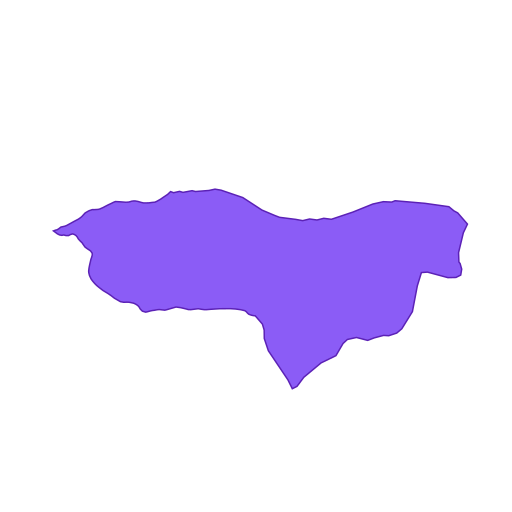 Sumpango, Sacatepéquez, Guatemala, rotated 290°
{"feature_id": "79465075B37174278421226", "entity_name": "Sumpango", "entity_type": "district", "adm_level": 2, "iso_a3": "GTM", "parent_name": "Guatemala", "parent_adm1": "Sacatepéquez", "projection": "albers", "projection_center": [-90.752, 14.664], "detail": "fine", "context": "isolated", "style": "filled", "palette": "violet", "viewbox_px": 512, "rotation_deg": 290, "n_neighbors": 0, "source": "geoboundaries", "source_scale": "gbopen_adm2", "svg_char_len": 2466}
<svg xmlns="http://www.w3.org/2000/svg" viewBox="0 0 512 512"><g transform="rotate(290 256 256)"><path d="M368.3,420.4L363.3,396.8L355.5,367.8L353.1,365.1L350.6,357.1L344.8,348.0L330.4,332.0L316.3,314.3L314.6,306.8L310.7,301.0L309.1,293.7L305.2,287.8L304.0,280.8L300.4,264.9L300.5,259.6L301.2,245.9L306.4,223.6L305.9,200.6L304.8,194.6L301.5,189.4L295.9,177.1L295.5,173.6L290.8,165.6L290.6,162.1L287.3,156.9L287.3,153.7L283.7,151.9L280.0,149.2L276.9,147.0L273.7,144.3L272.0,142.6L270.8,140.0L269.3,137.2L268.4,134.9L267.4,132.2L267.1,129.8L266.9,126.5L266.4,123.6L265.8,122.0L264.9,120.3L263.8,118.9L262.9,117.5L261.9,115.0L261.3,112.8L260.5,109.9L259.1,105.3L257.8,103.8L255.9,102.0L253.5,99.6L250.9,97.2L249.1,95.6L248.0,94.4L246.8,93.2L245.9,91.9L245.0,89.9L244.2,88.0L243.6,86.3L241.5,83.7L240.3,82.6L238.0,80.7L236.3,80.0L233.6,78.9L232.2,78.1L229.9,76.5L226.5,73.4L222.5,69.9L220.0,67.7L218.8,66.4L217.5,64.4L216.5,62.8L214.1,61.3L212.6,60.1L211.7,58.7L210.3,57.1L209.6,59.5L208.9,61.7L208.6,64.2L209.0,66.5L210.0,68.1L210.2,70.5L211.1,72.9L212.6,74.2L214.0,76.0L214.1,77.8L213.7,79.8L212.8,81.4L211.2,83.3L209.9,85.8L208.9,88.1L207.9,89.4L205.9,92.3L205.1,95.1L204.2,98.8L202.6,101.1L201.0,101.8L198.5,102.0L196.5,102.0L190.8,102.7L187.6,103.2L184.6,103.9L183.1,104.6L180.7,106.2L178.0,108.9L176.6,111.0L175.0,113.8L173.8,116.4L172.8,119.2L171.7,122.6L171.2,124.3L170.2,129.4L169.2,133.4L167.9,137.4L167.2,141.5L166.7,144.2L167.3,147.6L168.4,150.3L169.1,152.4L169.5,155.0L169.8,157.2L169.6,159.4L169.1,161.6L168.3,163.3L166.5,165.5L165.3,168.1L165.5,171.5L166.5,173.1L168.5,175.9L169.5,177.6L170.2,179.0L171.7,181.5L172.6,183.4L173.2,185.9L173.9,188.8L174.8,190.2L176.4,192.4L177.5,193.9L180.7,198.3L181.7,203.0L182.2,207.3L182.4,209.1L182.5,210.7L183.3,213.1L185.4,217.2L186.7,219.8L187.3,223.1L187.9,225.8L188.5,227.5L190.4,231.6L193.9,239.6L195.6,244.1L197.8,250.1L199.2,254.9L200.3,260.0L200.8,264.3L200.3,266.0L199.4,267.6L198.8,269.2L198.8,271.7L199.0,273.5L199.5,275.8L194.2,285.3L189.2,289.0L181.3,292.0L171.2,300.0L150.5,328.4L143.7,335.5L147.5,339.1L158.4,342.4L177.8,353.7L189.7,365.2L203.5,367.7L208.8,370.4L213.8,378.3L214.9,389.8L219.5,395.1L225.0,403.0L226.5,408.0L231.7,414.6L237.5,417.9L257.2,422.0L283.1,417.8L297.0,417.1L299.5,422.6L301.3,443.7L304.2,451.2L308.1,454.9L314.0,453.8L318.7,450.4L319.8,448.7L328.4,445.2L348.7,442.9L358.3,443.8L365.5,430.8L366.1,426.6L368.3,420.4Z" fill="#8b5cf6" stroke="#5b21b6" stroke-width="1.5"/></g></svg>